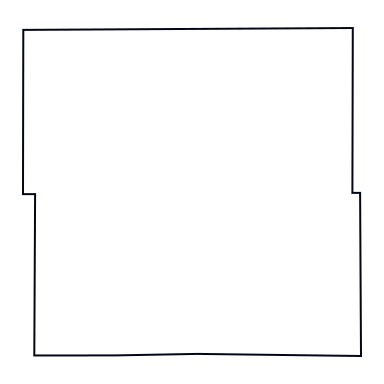 the district of Buchanan, Iowa, United States of America
{"feature_id": "52423323B70817605938932", "entity_name": "Buchanan", "entity_type": "district", "adm_level": 2, "iso_a3": "USA", "parent_name": "United States of America", "parent_adm1": "Iowa", "projection": "albers", "projection_center": [-91.886, 42.47], "detail": "fine", "context": "isolated", "style": "outline", "palette": "ink", "viewbox_px": 384, "rotation_deg": 0, "n_neighbors": 0, "source": "geoboundaries", "source_scale": "gbopen_adm2", "svg_char_len": 262}
<svg xmlns="http://www.w3.org/2000/svg" viewBox="0 0 384 384"><path d="M23.3,29.9L23.0,194.1L35.1,194.1L34.3,353.7L34.3,355.5L115.8,355.4L197.5,353.9L361.0,356.0L360.1,192.9L352.4,192.9L352.8,28.0L23.3,29.9Z" fill="none" stroke="#020617" stroke-width="2"/></svg>